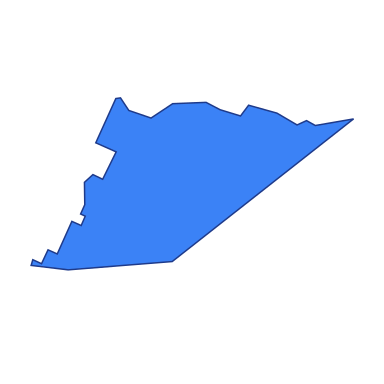 outline of Storey, Nevada, United States of America, rotated 24°
{"feature_id": "52423323B43012688186735", "entity_name": "Storey", "entity_type": "district", "adm_level": 2, "iso_a3": "USA", "parent_name": "United States of America", "parent_adm1": "Nevada", "projection": "orthographic", "projection_center": [-119.576, 39.439], "detail": "fine", "context": "isolated", "style": "filled", "palette": "blue", "viewbox_px": 384, "rotation_deg": 24, "n_neighbors": 0, "source": "geoboundaries", "source_scale": "gbopen_adm2", "svg_char_len": 568}
<svg xmlns="http://www.w3.org/2000/svg" viewBox="0 0 384 384"><g transform="rotate(24 192 192)"><path d="M307.8,63.4L309.9,59.5L277.6,81.1L267.6,80.2L260.7,88.0L237.5,85.4L208.4,89.7L205.4,102.8L184.2,105.4L168.4,104.4L138.4,119.2L124.5,141.1L101.1,143.2L88.4,135.1L84.4,137.6L84.1,182.6L84.1,186.2L106.4,186.2L105.2,216.7L94.4,216.4L89.8,226.9L99.2,247.2L99.2,257.4L104.3,257.5L104.4,267.7L94.2,267.7L94.1,303.4L84.0,303.4L83.7,318.7L74.1,318.6L74.9,324.5L110.5,313.5L159.5,286.8L202.2,263.6L307.8,63.4Z" fill="#3b82f6" stroke="#1e3a8a" stroke-width="1.5"/></g></svg>